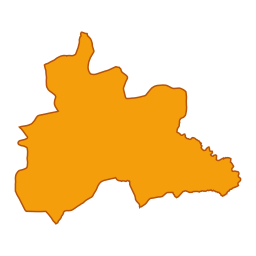 the district of Kadiogo, Kadiogo, Burkina Faso
{"feature_id": "67063806B99988316808523", "entity_name": "Kadiogo", "entity_type": "district", "adm_level": 2, "iso_a3": "BFA", "parent_name": "Burkina Faso", "parent_adm1": "Kadiogo", "projection": "mercator", "projection_center": [-1.417, 12.368], "detail": "fine", "context": "isolated", "style": "filled", "palette": "amber", "viewbox_px": 256, "rotation_deg": 0, "n_neighbors": 0, "source": "geoboundaries", "source_scale": "gbopen_adm2", "svg_char_len": 5802}
<svg xmlns="http://www.w3.org/2000/svg" viewBox="0 0 256 256"><path d="M15.4,191.1L16.2,192.7L16.6,193.9L17.8,196.1L19.1,198.3L24.2,208.4L24.8,209.7L25.9,211.0L26.4,211.3L26.9,211.3L37.1,211.6L40.5,211.6L45.9,211.4L48.5,214.3L51.4,218.0L53.2,220.9L54.9,222.6L55.8,223.8L56.5,223.5L57.8,222.6L57.8,222.2L58.7,220.7L60.1,219.1L61.1,217.6L61.5,216.3L62.8,214.6L63.3,213.4L63.6,212.2L64.3,211.4L64.9,211.0L66.6,210.6L68.5,210.7L70.4,210.5L71.2,210.3L72.4,209.8L74.6,208.4L78.1,205.9L79.8,204.9L81.3,203.8L83.4,202.7L84.5,201.5L86.4,200.0L91.8,196.9L92.7,195.9L94.2,193.1L95.8,190.6L96.7,188.8L97.9,185.8L99.4,183.5L100.6,182.2L102.1,181.2L104.1,180.4L111.7,178.6L114.1,178.2L115.4,177.6L115.8,178.0L116.8,179.5L117.6,180.1L118.9,180.7L120.5,180.8L121.4,181.3L122.6,180.9L123.0,180.8L124.5,181.0L125.3,181.3L126.2,181.3L127.4,180.5L127.9,180.7L128.6,181.1L129.5,181.1L129.7,181.7L129.7,184.1L130.2,185.8L134.8,195.5L135.4,197.8L135.5,199.3L135.9,200.1L136.7,201.3L139.2,204.1L139.6,205.3L139.5,206.4L139.7,207.2L139.9,206.9L140.6,206.9L141.2,206.8L145.1,204.2L146.3,203.0L148.4,200.1L149.3,199.2L150.1,198.6L150.8,198.3L153.9,197.9L158.7,196.9L159.8,197.0L161.8,196.6L162.8,196.1L164.7,194.4L166.5,192.9L167.7,192.5L172.8,192.4L173.1,193.4L173.8,194.6L174.2,194.8L174.7,196.1L176.5,197.6L176.9,197.3L177.7,197.1L178.9,196.1L182.8,191.7L185.3,190.8L187.0,191.3L189.5,192.4L192.1,192.3L193.3,191.5L194.1,191.6L195.9,191.4L197.1,191.4L198.7,191.7L199.2,192.0L199.7,191.6L201.4,191.2L202.0,190.8L203.4,191.1L205.4,191.2L206.3,191.0L207.8,190.2L208.6,190.6L210.9,189.9L210.9,190.3L211.5,190.6L212.6,190.9L213.4,190.3L213.9,190.8L215.5,191.3L215.9,191.8L216.9,191.8L217.5,192.3L218.0,192.5L218.9,192.3L219.7,193.4L220.3,193.6L220.8,194.4L221.1,195.3L221.4,195.3L222.5,196.1L223.1,195.6L223.5,195.7L223.5,195.4L224.0,195.4L224.9,194.7L225.4,194.7L225.7,194.6L226.4,193.4L226.8,193.5L226.9,192.7L228.1,191.3L229.3,190.8L229.5,190.5L229.4,190.2L229.6,189.7L230.2,189.4L231.7,189.1L232.1,188.5L232.9,188.0L235.1,187.2L236.2,186.7L236.8,186.5L237.4,186.1L238.3,185.6L238.5,185.3L238.1,184.7L237.8,183.8L238.0,183.1L239.1,181.8L240.1,180.9L240.4,180.6L240.6,179.9L240.6,178.7L240.5,178.4L238.4,176.7L238.3,175.5L238.4,174.9L238.9,174.1L238.9,173.3L238.8,172.8L238.3,172.0L237.9,171.7L236.4,171.5L235.7,171.2L234.8,171.1L232.7,171.3L232.3,171.1L231.8,169.8L231.8,168.7L233.1,167.2L233.6,166.3L231.8,163.3L231.2,162.6L230.5,162.2L230.8,159.4L230.9,158.8L229.9,158.2L229.1,157.9L227.7,157.6L226.7,157.9L226.2,157.7L225.8,157.6L224.7,158.4L224.2,158.4L223.7,158.7L223.6,158.0L221.0,159.3L219.6,160.2L218.2,160.6L217.0,160.2L216.3,159.6L216.6,155.8L216.4,155.4L215.4,154.9L214.5,155.2L213.9,155.3L213.7,155.4L213.4,156.0L212.7,156.2L212.0,156.1L211.1,155.4L210.6,154.7L210.9,154.2L211.3,153.9L211.8,153.7L212.0,153.1L212.4,152.8L212.4,152.1L212.4,151.8L212.2,151.3L210.3,151.2L209.7,150.7L209.6,150.2L209.4,148.1L208.9,147.0L208.2,147.2L206.4,148.6L206.2,149.2L205.6,150.2L203.8,150.5L202.3,149.4L201.1,147.6L201.5,146.8L201.8,146.2L201.9,145.9L201.3,145.4L200.6,143.8L201.2,143.4L201.0,143.0L200.1,142.6L199.4,141.4L198.8,140.9L198.1,140.7L197.3,140.0L196.2,139.5L194.7,138.2L193.3,137.7L192.3,137.7L191.7,138.2L190.8,139.2L190.0,139.4L189.1,139.2L188.5,138.8L186.9,138.5L185.8,137.5L185.6,137.1L185.3,136.9L185.3,135.6L184.7,134.1L183.5,134.4L182.7,135.0L182.0,135.3L181.3,135.2L180.8,134.9L180.2,134.4L180.1,134.0L179.3,133.5L178.8,133.0L177.9,132.7L176.9,132.0L177.1,130.0L177.5,128.6L179.0,126.3L179.2,125.7L179.2,124.1L179.7,122.3L179.4,121.9L179.7,120.0L179.9,119.7L180.1,119.5L180.2,119.2L181.2,118.2L183.0,117.5L184.0,116.9L184.9,115.9L185.5,115.0L185.9,113.2L186.4,110.4L186.6,107.4L186.4,105.1L186.3,101.2L186.5,96.9L185.9,91.8L184.7,90.6L183.2,89.6L180.6,88.4L179.2,88.1L173.5,88.5L171.7,88.0L169.0,86.5L166.8,85.5L166.0,85.3L163.9,85.1L162.2,85.1L157.3,85.5L154.8,86.2L153.3,87.0L151.7,88.1L150.0,90.0L145.8,95.2L144.6,95.8L139.1,97.2L134.6,98.0L132.7,98.1L128.7,98.5L127.4,98.5L126.8,98.6L126.3,98.3L125.7,97.7L125.3,96.6L123.5,89.3L123.5,88.2L123.7,87.3L125.8,81.6L127.4,78.4L127.5,77.2L126.9,76.1L125.9,75.1L122.8,72.8L121.8,71.9L121.2,70.6L120.7,68.9L120.5,68.6L119.9,68.3L119.3,67.4L117.0,67.1L116.8,66.9L115.6,66.8L108.1,70.3L104.9,71.2L96.9,73.9L95.4,74.3L94.1,74.5L91.9,74.3L90.4,73.8L90.0,73.2L89.0,71.6L88.4,69.9L88.0,67.6L88.2,65.2L88.8,61.8L90.4,57.6L93.8,51.8L93.9,51.0L93.1,48.4L92.4,46.0L92.2,43.5L91.4,40.7L90.6,39.0L89.5,37.6L87.6,35.8L87.5,35.1L87.3,34.8L87.1,33.6L84.7,33.3L84.0,32.9L82.5,32.4L81.7,32.2L81.3,32.3L80.9,33.2L80.6,34.1L81.0,35.5L80.8,36.3L80.3,36.5L79.8,37.9L79.3,39.8L79.4,41.6L79.3,42.9L78.6,45.6L78.3,47.1L75.8,53.8L75.2,54.6L73.5,55.4L72.4,55.7L71.0,55.7L69.4,55.5L66.9,55.7L66.7,56.0L65.9,55.6L65.1,55.6L63.9,55.5L62.2,55.8L60.6,56.2L58.9,57.0L56.8,58.1L54.4,60.0L50.3,62.0L48.3,63.2L45.7,64.1L44.6,64.8L44.4,65.0L45.3,68.8L45.9,70.6L46.0,73.1L46.5,77.3L46.3,81.1L46.4,83.5L46.5,85.6L46.9,87.2L48.3,89.7L49.9,91.2L52.4,93.0L54.5,94.7L55.3,95.5L55.7,96.9L55.5,97.9L54.7,100.3L54.4,103.0L54.5,104.4L55.2,106.3L57.6,110.3L58.3,111.1L57.9,111.4L55.7,111.9L49.5,113.1L46.5,113.8L39.6,115.2L38.2,115.7L37.5,116.1L36.9,116.8L35.4,119.0L34.7,120.4L33.3,122.0L32.3,123.2L31.2,124.0L28.9,125.0L26.5,125.7L21.4,126.5L19.4,127.1L20.3,128.1L21.1,128.7L23.1,131.1L26.4,135.7L27.3,136.6L27.5,137.2L27.5,137.6L27.4,138.0L26.6,138.6L24.6,139.5L19.7,140.7L18.7,141.4L18.1,142.4L18.1,143.3L18.3,143.9L18.8,144.5L19.8,145.0L21.1,145.6L22.5,145.8L24.2,146.2L26.4,147.3L26.8,147.6L27.3,148.4L27.3,149.3L27.6,150.9L27.6,152.6L27.5,155.5L27.1,158.2L27.6,162.3L27.3,166.0L27.0,167.2L26.5,167.9L25.4,168.6L23.1,169.5L21.5,170.0L20.2,170.2L19.0,170.7L18.0,171.5L16.9,173.0L16.2,174.2L15.8,175.3L15.4,177.9L15.6,181.9L15.4,184.1L15.4,191.1Z" fill="#f59e0b" stroke="#b45309" stroke-width="1.5"/></svg>